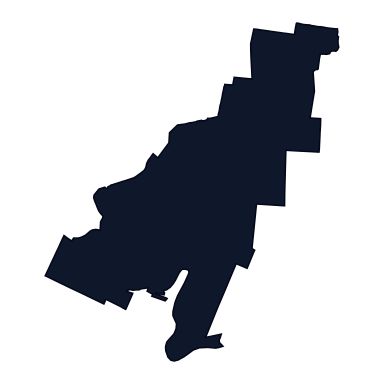 outline of Independenta, Galati, Romania
{"feature_id": "2599482B33711175707299", "entity_name": "Independenta", "entity_type": "district", "adm_level": 2, "iso_a3": "ROU", "parent_name": "Romania", "parent_adm1": "Galati", "projection": "orthographic", "projection_center": [27.763, 45.478], "detail": "fine", "context": "isolated", "style": "filled", "palette": "ink", "viewbox_px": 384, "rotation_deg": 0, "n_neighbors": 0, "source": "geoboundaries", "source_scale": "gbopen_adm2", "svg_char_len": 5284}
<svg xmlns="http://www.w3.org/2000/svg" viewBox="0 0 384 384"><path d="M337.4,28.8L336.7,28.9L335.7,28.8L331.3,28.4L328.3,28.0L326.4,27.8L325.6,27.6L325.0,27.4L323.3,27.1L320.5,26.7L318.5,26.7L314.0,25.9L313.5,25.8L311.4,25.5L310.4,25.2L309.4,24.9L308.5,24.9L306.2,24.7L305.9,24.8L305.7,24.7L303.3,24.4L301.1,24.0L301.0,23.9L300.4,23.7L298.8,23.4L298.3,23.2L298.2,23.2L297.0,23.0L296.7,23.1L296.3,23.5L295.6,27.2L295.0,30.6L294.6,33.5L294.4,34.5L294.2,34.5L292.2,34.2L290.3,34.0L289.2,33.8L287.0,33.5L286.2,33.4L282.7,33.0L281.5,32.8L278.8,32.4L277.0,32.2L275.1,31.9L272.9,31.6L272.0,31.5L270.6,31.3L268.8,31.0L265.4,30.5L259.3,29.7L258.6,29.5L256.0,29.2L253.8,29.0L251.6,39.4L250.7,43.6L250.7,49.0L251.0,57.4L251.1,59.2L251.2,61.6L251.6,69.0L252.1,79.0L251.5,78.9L248.4,78.6L247.8,78.6L247.3,78.5L247.1,78.5L246.8,78.5L246.5,78.5L246.0,78.4L245.7,78.4L244.3,78.3L243.8,78.2L241.1,78.0L239.4,77.8L236.3,77.5L235.3,77.4L234.4,77.4L234.2,77.3L233.0,83.7L232.8,84.9L228.8,84.7L224.8,84.4L224.6,85.8L224.1,86.4L222.9,92.5L222.7,93.0L222.1,96.9L221.3,100.5L220.9,102.7L220.7,103.6L220.4,104.3L219.9,106.4L219.8,106.8L219.7,107.7L219.5,108.9L219.3,110.6L219.2,111.0L218.8,112.4L218.5,113.5L218.4,114.3L218.0,116.5L217.7,116.7L217.2,116.8L216.5,116.9L212.3,117.9L211.1,118.1L209.2,118.5L208.6,118.4L208.3,118.3L207.8,118.2L207.4,118.8L207.3,119.1L207.3,119.3L207.2,119.5L206.9,119.8L206.7,119.8L206.4,119.8L206.2,120.0L205.9,120.2L205.7,120.2L205.4,120.3L204.6,120.7L203.8,120.7L202.8,120.8L202.3,120.8L202.0,120.8L201.8,120.4L201.7,120.3L196.9,121.2L196.8,121.6L196.0,121.8L191.0,122.7L190.5,122.7L189.2,122.9L188.8,123.0L187.1,123.5L186.2,123.7L185.1,124.0L177.5,125.0L169.5,132.7L168.9,142.9L163.2,150.5L157.8,157.8L153.1,153.7L152.2,154.9L151.5,155.8L151.1,156.5L149.3,158.9L149.1,159.1L148.5,159.8L148.1,160.6L147.6,161.5L147.1,162.7L146.7,163.3L146.5,164.2L146.4,165.0L146.2,165.8L146.0,166.6L145.8,167.4L145.6,167.8L145.4,168.3L144.9,169.2L144.3,170.0L144.0,170.4L143.7,170.8L143.3,171.1L141.7,172.3L140.0,173.6L138.3,174.8L136.7,176.0L135.0,177.1L134.3,177.5L134.0,177.7L133.2,178.0L131.4,178.6L129.6,179.2L127.8,179.8L126.0,180.4L124.5,180.9L123.8,181.1L123.7,181.1L123.2,181.2L122.8,181.4L121.9,181.6L120.6,182.1L120.3,182.2L118.7,182.7L117.1,183.2L115.5,183.7L114.6,184.0L113.9,184.2L113.0,184.5L112.5,184.7L111.5,184.9L111.0,185.1L110.4,185.4L110.2,185.6L109.9,185.9L109.7,186.1L109.0,186.3L108.6,186.5L108.3,186.6L108.0,186.8L107.8,187.1L107.7,187.3L107.6,187.8L107.4,188.1L107.3,188.3L107.1,188.4L106.9,188.5L106.5,188.5L106.2,188.3L105.8,188.1L105.6,187.8L105.5,187.7L105.4,187.7L105.2,187.5L104.9,187.3L104.8,187.2L104.5,187.2L103.5,187.6L102.6,187.9L100.2,188.6L99.2,188.9L98.8,189.2L94.1,195.0L93.7,197.2L93.8,198.1L94.2,199.5L94.9,201.5L96.3,204.8L97.3,207.5L98.3,209.9L99.3,211.7L100.6,213.5L103.0,216.1L102.6,218.1L100.6,221.7L100.1,230.1L95.7,229.4L92.3,230.0L90.4,231.0L85.6,235.1L82.1,236.9L78.7,238.0L75.9,238.1L73.6,238.0L72.1,240.4L71.5,240.8L69.3,239.3L68.0,238.5L64.0,235.5L63.5,236.6L62.9,237.8L60.8,242.4L59.9,244.4L58.5,247.5L58.4,247.7L56.2,252.3L54.1,256.9L54.0,257.1L49.6,266.4L49.6,266.5L45.2,275.8L45.5,275.9L68.8,287.2L82.6,293.7L84.1,294.4L86.3,295.5L103.9,304.0L106.0,299.3L122.2,307.4L122.3,307.7L125.7,309.4L127.7,305.0L132.1,295.0L132.8,293.3L126.9,291.5L127.0,291.0L127.8,290.8L128.2,289.7L128.7,289.8L130.2,289.6L132.5,290.2L133.4,290.2L134.7,290.0L139.3,289.8L140.8,288.9L144.5,288.4L147.3,287.9L148.2,288.2L147.1,291.2L152.8,294.3L151.8,296.2L159.1,298.8L165.2,300.9L167.2,298.6L166.8,298.2L155.4,293.8L156.2,292.4L159.6,293.8L164.0,294.9L164.6,292.8L163.8,291.7L163.5,290.6L166.7,289.8L170.3,287.2L173.0,284.0L175.2,280.7L179.2,272.8L181.2,270.3L181.9,269.5L183.2,269.2L185.0,269.2L186.1,269.4L187.6,269.8L188.7,270.8L189.0,272.2L188.3,274.5L184.4,283.1L177.6,295.7L175.1,302.2L173.0,311.3L172.9,315.5L174.5,319.3L176.5,323.7L176.1,328.5L174.1,333.7L169.3,339.1L166.8,342.0L165.6,346.3L165.6,349.1L165.9,351.2L168.0,357.2L171.0,360.3L174.4,361.0L178.7,359.8L180.0,358.9L184.0,356.8L193.3,350.0L199.4,347.8L207.8,347.4L213.6,347.9L215.6,348.1L218.4,347.6L223.0,346.3L222.1,345.3L219.5,342.6L219.2,340.0L219.5,339.4L220.4,337.1L221.0,335.0L221.3,334.1L213.5,335.8L205.6,337.4L217.6,307.7L225.1,290.1L236.2,263.7L247.1,268.3L254.1,251.3L254.7,250.2L252.0,248.5L256.5,204.0L284.6,205.8L284.7,194.7L284.9,186.0L285.1,177.8L285.9,150.3L300.0,151.1L310.3,151.6L319.0,152.1L319.3,149.8L319.5,145.3L320.0,134.7L320.0,132.5L320.1,132.2L320.5,125.7L320.6,122.9L320.6,122.6L320.7,118.6L315.3,118.3L314.4,118.3L312.4,118.1L310.1,117.9L312.2,104.7L314.2,92.6L314.4,91.4L314.4,90.7L313.1,71.7L313.8,71.0L314.4,70.6L315.1,70.0L316.1,69.5L316.6,69.5L317.5,69.5L317.9,69.3L318.0,69.0L318.2,68.7L318.5,65.8L318.8,63.6L319.4,58.7L319.7,57.2L320.3,54.4L320.9,54.1L323.4,54.1L326.6,54.3L328.0,54.1L329.7,53.6L330.2,52.2L330.5,51.8L331.2,51.4L331.8,51.2L332.3,51.0L332.7,51.0L333.2,51.0L334.4,51.0L335.9,51.3L336.1,50.6L336.8,50.5L337.2,50.3L337.4,50.0L337.7,49.7L337.8,49.1L338.2,48.3L338.3,48.0L338.5,47.8L338.8,47.1L338.6,46.5L338.4,45.2L338.1,43.9L338.0,40.7L338.2,39.0L338.5,36.9L338.5,36.7L338.4,36.6L338.2,36.5L337.8,36.5L337.3,35.0L337.3,34.3L337.6,33.3L337.7,32.5L337.8,31.7L337.4,29.2L337.4,28.8Z" fill="#0f172a" stroke="#020617" stroke-width="1.5"/></svg>